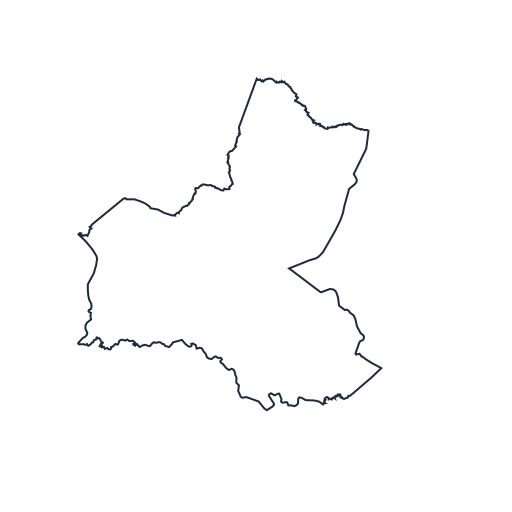 the district of Yang Talat, Kalasin, Thailand, rotated 120°
{"feature_id": "78962969B97820746751247", "entity_name": "Yang Talat", "entity_type": "district", "adm_level": 2, "iso_a3": "THA", "parent_name": "Thailand", "parent_adm1": "Kalasin", "projection": "orthographic", "projection_center": [103.312, 16.452], "detail": "fine", "context": "isolated", "style": "outline", "palette": "slate", "viewbox_px": 512, "rotation_deg": 120, "n_neighbors": 0, "source": "geoboundaries", "source_scale": "gbopen_adm2", "svg_char_len": 6092}
<svg xmlns="http://www.w3.org/2000/svg" viewBox="0 0 512 512"><g transform="rotate(120 256 256)"><path d="M102.2,344.0L153.1,335.1L157.4,331.8L158.4,332.0L158.6,330.8L162.5,331.5L166.9,330.1L166.8,329.8L170.9,329.3L171.0,328.0L176.9,329.3L178.6,331.0L182.5,331.4L182.9,331.0L182.9,329.7L184.9,329.3L184.8,328.7L189.1,327.6L188.7,327.0L190.6,325.4L191.5,323.3L193.9,322.6L194.5,321.4L196.4,321.1L196.9,321.4L200.8,317.5L201.8,315.7L202.6,315.4L203.3,314.1L205.1,312.2L205.7,312.7L207.6,312.8L209.7,313.6L211.3,312.4L213.3,315.4L213.4,317.1L215.6,317.0L216.5,319.3L216.5,323.5L217.1,323.9L217.2,325.6L216.6,325.9L216.6,327.0L217.3,328.8L217.1,330.6L218.7,332.7L220.3,337.4L220.8,338.0L222.2,338.3L222.4,339.0L222.9,339.2L226.2,340.0L227.4,342.3L228.7,342.1L229.6,340.8L231.8,339.7L232.4,339.8L232.5,340.4L233.0,340.5L236.9,340.0L238.2,339.2L238.7,339.6L239.5,339.2L243.2,339.9L243.6,340.5L244.6,340.0L246.9,340.7L246.8,341.0L250.0,343.5L251.5,344.0L253.5,343.7L255.5,344.6L257.5,344.2L257.4,344.9L258.1,345.9L260.8,346.7L261.2,346.4L261.2,346.9L261.9,347.2L261.8,347.8L262.8,348.8L264.6,357.2L264.8,364.2L267.4,371.2L266.5,372.3L265.9,377.6L266.2,381.8L267.6,389.4L271.6,396.4L271.2,398.0L271.6,398.5L272.8,399.5L311.3,414.0L312.8,413.6L314.0,414.6L314.6,413.6L314.5,412.4L317.0,413.3L318.5,412.4L322.8,412.0L322.6,413.5L323.6,414.2L324.3,415.8L325.0,415.9L325.3,417.3L324.6,418.5L323.8,418.7L324.2,420.0L326.0,420.6L328.5,410.6L332.3,400.5L335.8,394.2L337.7,392.3L344.0,389.8L352.3,387.8L364.5,387.5L369.8,384.5L374.3,381.3L377.2,378.7L379.5,375.1L381.5,373.4L384.4,372.4L386.2,373.7L387.5,373.5L387.9,372.7L387.7,370.6L390.7,369.4L393.4,367.1L398.3,369.1L401.5,368.9L404.4,367.3L406.9,363.6L408.7,363.1L410.6,363.3L414.0,365.1L420.4,366.5L421.1,365.4L418.7,361.4L418.2,359.2L416.7,358.2L417.6,356.8L417.4,356.0L414.4,354.9L413.0,354.8L412.1,353.8L410.1,354.3L408.0,352.7L406.4,353.3L406.0,353.1L406.5,351.9L405.7,351.0L405.6,350.4L407.4,347.3L407.7,345.3L408.4,345.3L409.4,346.3L410.2,345.2L411.4,346.4L412.4,346.2L412.3,345.6L411.1,345.1L412.1,343.8L410.7,342.4L412.0,340.6L410.0,338.8L410.5,337.3L410.0,335.7L409.1,335.2L407.4,336.0L406.1,334.7L402.6,333.9L402.3,333.5L402.2,331.9L401.4,331.3L397.9,331.9L396.2,331.1L395.1,329.2L394.7,327.0L392.8,325.8L393.0,323.2L390.9,320.1L391.4,317.6L392.0,317.5L393.5,318.3L394.1,317.9L394.1,315.8L393.3,315.5L392.3,315.9L391.7,315.3L393.0,311.3L389.7,309.2L388.4,307.7L387.4,303.2L386.4,302.6L384.7,302.5L381.9,301.5L381.2,299.2L379.4,297.3L378.5,295.5L379.0,293.6L378.4,291.4L379.3,289.8L378.3,285.7L374.4,284.8L372.3,284.7L365.7,278.2L367.4,273.6L368.1,269.2L367.5,267.8L366.5,267.1L365.4,267.1L364.4,268.1L363.3,267.0L363.3,263.5L365.9,261.1L363.7,259.0L363.1,256.7L365.1,253.1L365.9,250.6L368.2,247.8L368.4,245.7L367.5,243.0L364.3,241.7L363.0,240.6L363.3,237.9L362.0,236.1L361.9,235.2L362.6,233.8L365.0,234.3L365.9,233.3L366.1,230.5L367.9,226.0L368.3,222.5L365.8,220.6L365.7,218.5L367.3,216.1L369.2,214.6L371.0,212.2L375.5,209.8L376.6,206.1L381.7,204.0L385.5,198.9L385.6,197.6L385.2,196.3L383.6,194.7L382.9,193.3L380.7,181.0L383.9,172.5L384.1,169.5L378.5,166.6L375.8,166.0L374.9,166.7L370.6,175.0L369.2,175.4L367.4,174.4L367.4,170.6L366.7,169.7L364.1,168.0L363.6,167.0L367.3,162.3L369.2,161.7L369.9,160.7L369.8,159.8L367.2,156.3L367.3,155.6L369.2,153.2L367.8,151.0L366.8,147.6L364.9,146.3L362.6,145.9L358.5,148.1L356.8,147.9L356.0,145.4L356.0,141.0L351.9,133.1L350.5,128.3L351.1,123.8L350.2,123.9L349.4,123.0L349.6,123.9L348.0,123.6L347.6,124.3L346.9,123.9L346.3,124.5L346.2,123.9L345.7,123.9L345.5,124.9L344.8,125.0L343.8,124.9L342.5,123.8L342.9,122.1L343.4,121.7L342.7,121.6L342.8,119.9L342.3,118.5L341.6,118.5L342.0,119.2L340.5,118.8L339.6,118.1L339.8,116.6L339.1,117.4L337.7,117.2L337.7,116.6L337.1,116.6L337.2,115.9L336.7,115.3L335.1,116.0L334.4,115.0L334.9,114.2L334.0,113.7L336.1,112.2L336.1,111.7L335.6,112.0L335.2,111.7L336.0,109.0L335.6,108.1L333.4,106.5L333.1,105.9L330.9,106.1L330.2,104.8L326.7,103.4L303.3,95.2L290.5,91.4L290.8,102.4L290.5,109.5L289.9,113.6L290.3,114.3L288.9,117.4L291.3,120.1L290.7,121.1L279.7,123.2L277.8,123.2L275.2,121.3L273.2,121.5L271.6,122.4L270.8,124.2L270.6,126.7L266.5,133.3L261.0,138.4L258.6,141.8L258.1,146.5L257.1,148.1L257.1,150.8L258.4,152.0L257.5,159.2L250.8,164.3L247.3,168.4L246.5,170.1L246.3,172.4L247.6,175.5L254.8,181.4L255.0,182.4L250.2,221.1L233.0,207.6L228.4,203.2L226.3,201.9L224.1,201.1L219.2,199.9L194.8,200.0L182.9,200.8L174.9,202.3L168.5,204.5L151.3,208.9L144.1,206.2L141.9,206.0L140.4,206.4L138.8,207.7L136.2,212.3L107.9,214.2L91.4,221.1L91.2,222.0L91.8,223.8L92.7,225.0L93.4,228.3L94.2,228.6L94.1,229.9L94.9,232.1L95.1,236.1L94.7,236.4L94.9,236.8L94.3,238.8L94.9,239.7L94.3,239.9L94.2,240.4L94.8,240.8L94.5,241.7L94.8,242.1L95.7,242.3L95.9,243.0L96.8,242.9L97.3,243.5L97.6,244.0L97.0,244.5L98.1,245.8L97.9,246.2L99.5,246.6L99.3,247.4L101.3,249.7L102.2,250.1L102.3,250.8L103.7,251.3L104.0,251.1L104.1,251.9L105.0,252.0L105.6,254.3L106.3,254.1L106.3,254.6L108.7,257.1L108.7,258.0L110.2,257.7L111.1,260.5L110.4,262.0L110.9,262.5L110.5,263.2L110.9,264.1L110.6,264.6L111.3,265.3L109.6,266.6L109.8,267.5L110.9,267.8L110.9,269.3L111.7,269.5L111.1,269.9L110.8,271.2L112.0,272.6L111.9,273.0L111.4,273.6L110.6,273.6L110.3,274.2L109.9,274.0L110.2,274.8L109.5,275.2L109.8,275.9L108.8,277.7L108.9,279.3L107.9,280.7L108.2,281.8L107.4,282.3L105.6,282.2L106.0,284.1L105.7,285.0L104.8,285.5L105.0,286.1L104.4,285.9L104.2,286.5L103.3,286.3L101.8,288.4L101.8,289.7L102.5,290.3L101.9,291.6L102.4,291.9L101.6,294.0L101.9,294.4L101.6,295.4L102.1,296.0L101.7,296.6L102.2,299.6L101.7,300.0L100.8,299.3L97.8,298.9L97.9,301.3L95.7,301.8L95.7,304.2L94.3,308.4L93.5,308.9L93.2,310.1L92.4,310.9L92.8,312.3L91.6,314.5L92.1,316.0L90.9,318.6L92.0,319.2L91.6,320.9L92.4,320.6L93.0,321.0L93.2,322.1L93.0,322.5L94.5,322.9L94.5,323.8L95.1,324.5L94.8,325.2L95.7,325.3L94.7,329.6L94.8,331.3L95.6,332.4L95.5,333.1L96.4,334.1L96.8,334.2L97.5,335.3L98.1,335.4L98.4,336.1L101.2,336.9L100.7,338.1L101.9,338.4L101.1,340.8L102.1,341.4L102.1,342.2L102.7,342.7L102.2,344.0Z" fill="none" stroke="#1e293b" stroke-width="2"/></g></svg>